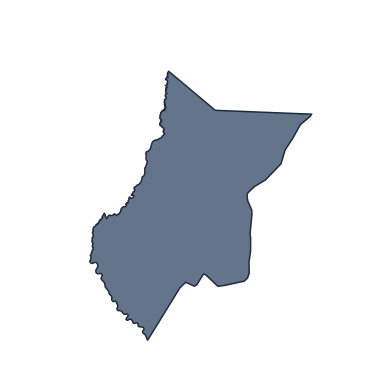 the district of Limulunga, Western, Zambia, rotated 313°
{"feature_id": "96606910B48739682467937", "entity_name": "Limulunga", "entity_type": "district", "adm_level": 2, "iso_a3": "ZMB", "parent_name": "Zambia", "parent_adm1": "Western", "projection": "mercator", "projection_center": [23.382, -14.96], "detail": "fine", "context": "isolated", "style": "filled", "palette": "slate", "viewbox_px": 384, "rotation_deg": 313, "n_neighbors": 0, "source": "geoboundaries", "source_scale": "gbopen_adm2", "svg_char_len": 5845}
<svg xmlns="http://www.w3.org/2000/svg" viewBox="0 0 384 384"><g transform="rotate(313 192 192)"><path d="M53.6,260.6L113.7,248.5L121.7,249.0L124.7,257.9L127.4,258.8L138.8,256.5L140.2,256.7L140.8,258.6L140.7,275.2L145.8,279.5L162.4,291.0L166.8,291.3L171.4,289.4L179.6,281.5L188.8,275.1L198.5,266.1L200.5,263.4L216.4,251.2L219.4,248.2L223.6,238.8L227.0,234.6L229.6,233.4L238.6,234.0L251.0,237.5L273.2,237.9L285.7,231.7L286.6,231.4L300.8,228.9L314.8,225.4L315.7,225.4L328.3,226.9L330.4,226.3L267.6,153.3L264.4,92.7L263.7,92.7L263.1,93.0L262.5,92.9L262.0,93.1L261.6,93.6L261.8,94.0L261.5,94.3L261.0,94.3L260.2,94.7L259.9,95.1L260.0,95.7L259.8,95.9L259.4,96.0L258.6,95.2L257.6,95.9L257.4,95.9L257.4,95.6L257.2,95.6L256.7,96.0L256.6,95.9L256.5,96.1L256.3,96.1L256.3,96.4L256.7,97.0L256.8,97.9L256.0,98.8L255.8,99.2L255.1,99.4L254.6,100.2L254.2,99.9L254.0,100.3L253.8,100.4L252.5,100.6L252.2,100.3L252.2,100.6L251.9,100.7L252.0,101.1L251.7,102.4L251.2,102.5L250.2,102.0L249.9,102.8L249.4,102.7L249.1,102.9L249.4,103.5L248.8,103.8L248.1,103.6L247.3,104.6L247.0,104.7L247.1,105.7L246.8,105.7L246.8,106.0L246.7,106.4L246.2,106.5L245.2,106.1L244.0,106.9L243.9,107.1L243.9,107.5L244.0,107.9L243.9,108.2L242.8,108.9L242.7,109.3L242.3,109.2L241.5,108.9L240.4,109.1L240.4,109.7L239.7,109.9L239.4,110.3L238.6,110.6L238.6,111.0L238.7,111.3L238.6,111.6L237.4,111.9L237.4,112.5L237.7,112.8L237.5,113.2L237.2,113.3L236.8,113.0L236.2,113.4L236.1,113.7L236.2,113.8L236.1,114.2L236.2,114.5L235.7,115.0L235.9,115.4L235.6,115.5L235.2,115.1L235.2,114.9L234.6,114.9L234.3,115.0L234.2,115.3L233.8,115.4L233.7,115.9L233.5,115.6L233.4,115.6L232.9,115.8L232.8,115.5L232.4,116.1L232.2,116.1L232.0,115.2L231.3,114.9L230.7,115.0L230.3,114.8L229.1,115.2L228.5,115.1L228.1,115.6L227.1,116.2L226.5,116.1L226.1,116.4L225.7,116.8L225.4,117.4L224.4,117.6L224.3,118.0L224.1,118.1L223.8,118.9L224.0,119.3L223.9,119.6L224.0,120.1L223.9,120.2L223.1,120.4L223.3,121.2L222.8,121.3L222.6,121.1L222.0,121.3L221.9,121.6L221.2,121.9L220.9,121.8L220.7,121.5L220.2,121.6L220.0,121.8L220.1,122.1L219.8,122.4L219.1,122.6L219.0,123.0L219.0,123.3L219.4,124.2L219.1,124.7L219.3,125.2L219.0,125.6L219.0,126.2L219.1,126.3L219.2,127.3L219.4,127.7L219.1,128.2L218.7,128.5L218.6,128.9L218.4,129.2L217.6,129.1L216.5,129.6L216.3,130.2L216.5,130.5L215.9,131.1L216.1,131.9L215.6,132.2L214.1,132.5L212.7,132.1L211.3,132.4L210.1,132.4L208.8,131.6L206.7,131.1L205.8,130.4L204.0,129.3L202.7,129.0L200.8,129.2L195.4,132.0L194.1,132.2L192.0,132.1L191.3,131.9L190.4,131.3L189.8,131.3L188.7,132.0L188.0,132.8L187.7,133.5L185.0,135.7L184.4,136.6L184.0,138.0L183.7,138.6L182.1,139.5L179.9,140.5L178.3,141.1L177.9,141.0L177.2,141.3L173.9,144.4L172.4,145.3L170.7,145.8L169.5,145.4L168.8,145.5L166.8,146.8L164.1,147.9L161.4,147.9L159.7,147.2L157.1,147.0L155.9,146.5L155.3,147.5L155.0,147.5L154.7,147.8L154.5,148.7L154.3,148.9L153.1,149.3L152.5,149.3L151.9,148.9L150.1,149.7L149.6,149.7L149.2,149.5L148.4,149.7L148.3,150.1L149.0,150.6L149.2,151.3L149.6,151.5L149.2,152.2L148.9,152.5L148.1,152.7L147.6,152.7L146.6,152.3L145.9,151.8L145.5,151.1L145.9,150.4L145.6,149.7L145.3,149.7L145.0,149.8L144.6,150.3L144.0,150.5L143.4,150.9L141.9,151.4L141.6,151.8L140.3,152.6L139.7,151.8L139.3,152.2L139.0,151.8L138.2,151.8L137.9,151.9L137.5,152.9L137.2,153.3L136.7,153.4L136.0,153.4L135.5,153.1L135.2,152.5L134.4,152.0L133.0,151.6L132.0,151.6L130.7,152.0L129.2,153.1L127.1,153.4L126.5,153.7L125.9,153.1L125.2,153.2L123.7,153.0L123.4,152.5L123.4,151.0L123.0,150.1L122.2,150.0L121.7,150.0L121.4,149.8L120.6,149.9L120.1,149.6L119.2,148.4L119.1,147.8L118.8,147.4L118.1,147.1L117.2,147.1L115.6,147.7L114.6,147.7L114.6,146.9L115.1,145.8L115.2,145.1L115.5,144.7L116.1,144.3L116.2,143.4L116.6,142.9L116.6,142.5L116.3,142.3L115.6,142.5L115.5,142.9L115.1,143.1L113.1,143.0L112.3,143.6L112.3,143.9L111.9,144.0L111.0,144.0L110.6,144.3L109.7,144.0L109.4,144.3L108.9,144.3L108.8,143.8L108.5,143.7L108.2,143.9L107.9,143.8L107.5,144.3L107.2,144.2L106.9,144.3L106.6,144.3L106.2,144.5L105.5,144.6L105.3,145.1L105.0,145.0L104.5,144.5L104.4,144.7L103.8,144.7L103.0,144.1L102.5,144.2L102.1,144.4L101.9,144.7L101.4,144.8L100.9,144.5L99.2,144.1L98.5,144.3L97.4,145.2L97.0,145.2L96.7,145.3L96.1,146.5L95.1,146.6L94.3,147.0L93.8,147.9L93.7,148.4L92.7,149.6L91.1,150.3L90.1,150.3L89.5,151.3L89.1,151.7L88.9,151.7L88.5,152.2L88.1,152.1L87.5,152.8L87.2,153.1L87.2,153.6L87.1,153.9L87.2,154.2L86.6,154.7L86.5,155.1L85.8,155.3L84.5,155.9L84.4,156.2L84.2,156.5L84.2,156.9L83.7,157.0L83.6,157.7L83.0,158.6L82.0,158.5L81.0,159.3L79.8,159.4L79.4,159.7L79.2,160.0L78.7,160.3L78.1,160.5L77.8,160.4L77.1,161.1L76.8,161.2L76.2,161.0L75.7,162.4L75.1,162.8L74.6,163.5L71.5,164.6L71.1,165.4L71.0,166.2L71.5,167.5L71.9,167.9L73.8,168.7L74.6,169.3L75.0,169.7L75.1,170.9L74.7,172.2L73.9,173.4L72.3,174.3L69.3,175.0L68.2,176.0L67.5,177.2L67.7,178.3L68.0,178.9L68.8,179.7L69.6,180.1L70.3,181.0L70.3,182.4L70.2,182.8L69.6,183.4L69.0,183.7L66.9,184.3L66.4,185.1L66.2,185.8L66.1,189.4L65.4,190.5L65.1,191.2L64.1,192.5L63.6,192.8L63.4,193.4L62.9,196.2L62.8,198.1L61.8,199.7L61.1,201.1L60.8,204.6L60.5,205.2L59.5,205.7L58.2,207.2L58.1,207.9L58.1,209.1L58.7,209.6L59.6,210.0L59.9,210.3L60.0,211.4L59.8,212.4L59.2,212.8L58.9,214.1L58.4,215.3L57.0,216.2L55.6,216.5L55.0,217.3L54.8,217.7L54.8,218.7L55.1,219.2L55.3,219.5L56.1,219.9L56.6,221.2L56.6,223.0L56.3,224.4L56.3,225.7L57.0,226.7L58.3,227.6L58.5,227.9L58.6,229.0L57.8,229.8L57.4,230.0L54.9,230.0L53.9,230.7L53.8,231.5L54.1,232.3L56.9,233.5L57.3,233.9L57.4,234.7L56.9,236.7L56.4,237.5L56.1,238.5L56.3,239.0L58.9,241.2L58.9,242.2L58.5,242.9L57.6,243.5L57.3,244.2L57.3,245.2L58.2,246.1L58.9,247.2L59.6,248.4L59.7,249.0L59.4,249.8L58.9,250.5L56.9,250.8L56.2,251.1L55.7,251.7L55.4,252.3L55.6,253.8L55.6,255.4L55.1,256.9L54.8,257.6L54.3,258.1L53.8,259.4L53.6,259.9L53.6,260.6Z" fill="#64748b" stroke="#1e293b" stroke-width="1.5"/></g></svg>